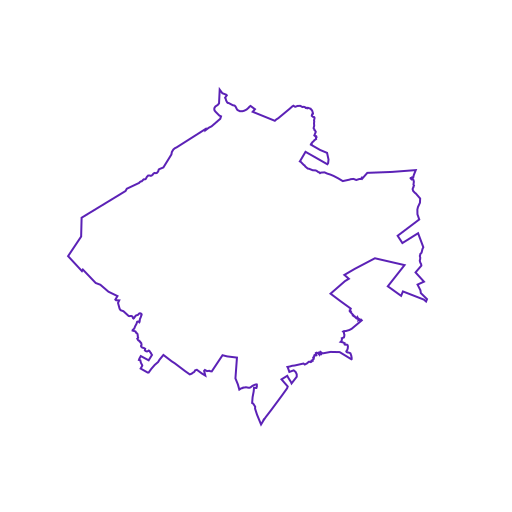 Motozintla, Chiapas, Mexico (Robinson projection), rotated 301°
{"feature_id": "50627088B93582456317957", "entity_name": "Motozintla", "entity_type": "district", "adm_level": 2, "iso_a3": "MEX", "parent_name": "Mexico", "parent_adm1": "Chiapas", "projection": "robinson", "projection_center": [-92.331, 15.305], "detail": "fine", "context": "isolated", "style": "outline", "palette": "violet", "viewbox_px": 512, "rotation_deg": 301, "n_neighbors": 0, "source": "geoboundaries", "source_scale": "gbopen_adm2", "svg_char_len": 6163}
<svg xmlns="http://www.w3.org/2000/svg" viewBox="0 0 512 512"><g transform="rotate(301 256 256)"><path d="M411.9,348.7L398.0,329.1L384.6,308.6L377.0,307.2L377.5,306.4L376.0,306.2L375.2,304.9L372.8,302.8L372.3,299.9L370.6,297.6L369.6,296.8L364.9,291.8L364.9,286.5L364.6,281.3L364.1,277.8L363.3,274.5L363.0,271.7L361.0,268.8L360.0,268.2L360.3,267.2L360.0,266.3L360.2,264.5L360.1,263.1L358.7,260.4L358.1,256.6L357.6,255.3L358.1,252.1L358.7,250.9L358.6,250.2L359.8,245.7L359.7,244.9L370.8,244.8L371.4,269.9L372.7,270.0L376.0,268.5L381.0,263.8L379.9,256.3L379.7,245.6L380.0,245.5L380.7,246.0L381.1,245.6L382.9,245.8L384.1,246.3L385.1,246.3L387.2,247.3L388.0,246.6L389.0,246.7L389.7,245.9L389.6,245.6L389.2,245.3L389.4,243.9L393.2,243.3L393.9,242.1L394.0,241.3L394.6,240.9L395.0,239.8L395.3,239.5L397.6,238.8L399.6,237.4L401.3,236.6L402.1,235.9L404.5,235.1L405.0,234.4L404.6,233.1L404.9,231.6L406.4,231.1L407.2,231.6L407.6,231.4L409.5,229.3L409.9,228.4L410.0,227.5L410.4,227.0L410.0,225.5L409.9,224.6L409.6,224.0L409.0,223.8L409.2,223.2L408.5,222.4L408.8,221.2L408.5,220.1L407.6,219.1L407.5,216.6L406.0,214.3L404.2,212.9L404.0,212.2L404.1,210.7L403.0,210.1L399.2,208.9L385.5,204.1L383.6,203.1L381.6,202.5L377.9,178.9L381.3,179.5L381.8,174.0L380.3,173.4L379.6,173.4L376.7,172.5L374.5,171.1L373.2,169.9L371.8,167.6L371.6,165.1L371.8,164.3L373.6,161.4L373.9,160.1L373.3,158.5L373.1,154.8L373.0,153.5L372.7,153.1L372.8,152.2L374.0,150.2L375.1,149.1L375.7,148.0L378.7,148.2L378.9,147.3L378.2,143.3L379.9,139.2L367.8,145.7L365.8,145.4L363.3,144.2L361.7,144.1L360.5,144.5L359.4,145.5L358.8,147.1L357.5,152.2L357.7,154.1L355.2,154.7L344.2,151.1L341.7,149.5L337.7,147.9L338.8,147.3L308.2,132.0L306.7,131.0L304.7,130.3L301.9,130.3L299.4,131.2L284.2,131.0L280.7,128.4L280.1,128.1L278.0,128.6L276.0,128.2L275.3,127.3L274.9,126.2L273.6,125.6L272.6,125.6L271.2,125.1L270.5,124.5L270.3,123.5L269.4,122.1L267.6,121.7L265.2,121.8L264.6,121.4L263.8,120.2L261.2,119.6L260.5,118.8L259.4,118.3L258.5,118.2L247.1,110.6L244.5,110.7L199.0,86.8L182.6,96.1L159.1,95.0L153.4,114.6L155.2,114.6L150.3,132.5L151.2,137.4L149.4,147.9L150.3,157.9L146.2,157.9L146.0,158.9L147.5,161.6L144.7,161.9L140.5,166.3L139.8,167.9L140.4,170.8L139.0,177.7L139.4,178.7L140.3,179.8L140.5,180.9L140.4,181.4L139.4,182.6L139.3,183.2L139.7,183.4L142.7,183.6L143.4,183.9L144.7,185.1L146.5,185.5L147.1,186.0L147.3,186.4L147.4,187.1L147.3,187.7L146.8,188.2L146.5,188.0L145.0,188.6L142.1,189.0L139.6,190.1L139.1,190.1L139.3,189.3L139.2,188.7L138.4,188.0L136.2,188.5L133.6,188.6L131.1,189.0L129.0,188.4L128.5,188.6L129.2,191.3L129.2,191.8L128.5,192.6L128.4,194.0L128.1,194.6L127.0,195.6L126.6,195.7L125.2,197.1L124.0,196.8L123.2,198.2L123.0,199.0L123.3,199.7L122.7,200.5L122.8,201.1L122.3,201.7L122.3,202.4L121.0,203.6L120.5,203.8L119.8,203.7L119.4,204.0L119.1,204.6L118.9,205.7L119.4,207.4L119.4,208.8L117.9,209.3L117.7,210.4L118.0,211.7L119.0,212.5L119.7,212.7L119.8,213.4L118.9,215.2L118.9,215.6L118.6,215.9L117.6,217.8L111.3,217.7L110.9,208.8L108.0,208.9L106.6,209.2L107.0,210.6L105.3,212.2L103.7,214.8L103.4,215.0L100.1,215.1L100.3,223.2L100.8,224.0L105.4,224.4L110.5,225.3L114.7,226.7L117.4,226.7L123.5,227.6L122.3,238.0L122.2,241.6L120.8,254.6L120.4,260.2L122.0,261.5L123.3,261.9L124.4,262.6L125.4,262.8L126.6,262.7L128.0,263.9L127.4,270.2L127.4,274.1L130.8,270.7L132.0,270.9L132.1,273.3L133.6,275.2L133.6,276.0L134.3,277.5L153.7,278.4L155.1,283.0L159.1,292.0L140.5,301.4L136.6,306.6L132.9,310.5L135.1,311.6L135.9,312.6L136.4,312.6L136.8,313.0L137.7,314.4L138.3,314.9L139.2,317.4L139.8,318.4L140.7,319.0L142.8,319.8L143.6,320.3L145.4,321.6L146.2,322.5L146.3,322.9L144.5,324.0L143.1,324.3L142.0,322.2L138.6,323.8L133.2,325.8L128.0,328.4L128.0,329.7L126.4,332.9L124.7,333.8L120.6,338.5L114.2,347.1L118.5,347.1L118.8,346.9L119.4,346.9L119.3,347.1L122.7,347.3L132.3,348.4L149.9,350.1L158.7,350.8L160.5,350.4L163.4,341.4L169.4,344.5L168.2,346.5L165.9,351.0L165.1,352.1L173.5,353.1L175.6,351.8L177.0,349.7L177.4,347.2L173.8,344.3L176.4,341.2L177.1,340.1L178.7,341.9L180.5,343.5L182.1,345.6L188.3,352.1L188.1,353.7L190.2,355.0L192.5,355.7L192.8,356.0L192.9,356.5L192.4,357.1L192.8,356.9L193.4,357.7L194.0,358.0L194.5,358.0L194.6,357.8L195.2,358.4L195.5,357.9L195.9,358.3L196.6,358.2L197.4,358.5L197.7,358.4L197.8,358.0L198.3,357.9L198.4,357.4L198.8,357.4L199.1,357.8L199.6,357.5L200.4,357.5L200.3,357.4L200.9,357.1L201.6,357.4L201.6,358.6L202.0,358.9L203.7,357.3L204.1,357.6L203.9,357.8L204.7,359.1L205.0,359.2L204.5,360.0L205.5,360.2L204.5,361.2L205.1,361.2L205.2,361.6L204.9,362.0L205.3,362.5L205.9,362.4L206.8,360.5L207.0,360.5L206.8,362.9L207.3,363.8L212.1,369.2L216.7,377.2L216.6,391.0L216.8,391.1L217.9,390.5L219.6,389.0L221.2,387.1L221.2,386.5L220.9,385.0L220.4,384.0L220.4,383.1L220.8,382.5L222.4,382.6L224.1,382.2L225.8,381.4L226.7,380.5L226.8,379.6L225.9,378.1L225.8,377.6L226.2,377.1L226.9,376.9L226.7,374.9L226.0,372.8L227.2,373.1L229.2,372.4L229.7,371.9L231.5,373.3L232.9,372.9L234.1,372.3L234.7,371.5L235.8,370.7L236.1,369.6L236.9,370.1L238.0,371.7L240.6,374.1L242.9,375.5L255.3,379.8L255.5,379.1L254.3,378.8L254.4,378.3L255.1,377.4L253.8,376.8L254.7,376.4L255.3,375.3L254.9,375.5L254.7,375.3L255.4,374.5L254.9,374.7L254.6,374.5L255.0,374.0L254.4,373.7L254.5,373.3L254.8,373.4L254.8,371.4L255.0,371.4L254.9,369.9L255.4,370.0L256.9,364.8L257.4,364.5L257.7,365.1L258.0,364.5L259.7,364.3L260.8,351.8L262.1,339.3L280.3,345.2L284.3,347.3L285.3,341.5L295.7,347.2L315.3,359.1L324.7,388.0L297.9,384.6L296.6,400.9L301.3,400.2L305.1,422.4L304.6,425.2L307.1,424.8L309.1,416.4L311.3,414.6L314.7,409.2L320.5,413.2L324.1,401.2L332.9,402.7L334.1,401.7L334.9,400.3L336.0,399.1L336.7,398.6L337.4,398.5L339.1,397.7L340.4,396.4L341.5,396.2L342.2,395.8L344.1,396.2L347.7,395.1L349.7,394.9L359.0,383.2L342.5,374.8L346.3,367.0L371.4,377.1L374.9,372.9L378.9,370.4L381.4,369.6L386.1,369.1L389.8,367.1L391.9,360.8L392.0,359.6L392.7,357.2L394.0,355.8L395.1,355.5L395.8,355.6L396.6,355.2L397.7,355.2L398.3,354.2L400.9,353.1L402.2,351.9L402.4,351.4L402.2,350.3L401.8,350.0L402.2,348.5L402.5,348.4L403.1,349.1L403.3,349.9L403.6,350.0L404.0,349.6L404.4,350.3L406.5,349.6L411.9,348.7Z" fill="none" stroke="#5b21b6" stroke-width="2"/></g></svg>